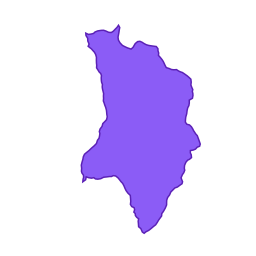 Guaraciama, Minas Gerais, Brazil, rotated 201°
{"feature_id": "56859067B51943850078190", "entity_name": "Guaraciama", "entity_type": "district", "adm_level": 2, "iso_a3": "BRA", "parent_name": "Brazil", "parent_adm1": "Minas Gerais", "projection": "orthographic", "projection_center": [-43.612, -17.067], "detail": "fine", "context": "isolated", "style": "filled", "palette": "violet", "viewbox_px": 256, "rotation_deg": 201, "n_neighbors": 0, "source": "geoboundaries", "source_scale": "gbopen_adm2", "svg_char_len": 2805}
<svg xmlns="http://www.w3.org/2000/svg" viewBox="0 0 256 256"><g transform="rotate(201 128 128)"><path d="M201.4,201.4L200.3,199.2L197.8,197.3L196.7,194.8L194.4,192.4L194.5,190.0L192.3,189.3L190.4,188.7L188.5,187.7L186.5,186.7L184.5,185.0L182.8,182.7L181.8,179.9L180.7,177.3L179.7,175.4L178.9,172.9L176.7,171.3L174.9,169.9L173.0,169.1L171.6,167.5L171.0,165.3L170.0,163.0L169.1,161.3L167.5,159.5L166.8,157.1L165.8,155.3L164.7,153.7L163.1,151.4L162.4,149.1L161.4,146.8L160.7,144.4L159.4,143.0L158.1,141.3L156.2,139.2L154.6,137.0L153.7,135.3L152.8,133.4L151.4,131.0L151.0,128.1L151.9,125.8L153.1,123.1L152.8,120.2L153.7,117.1L153.5,114.4L152.3,112.8L151.7,110.2L151.4,108.1L152.1,105.6L151.9,102.2L153.3,99.0L154.5,96.8L155.4,95.0L156.3,93.0L157.9,90.3L159.2,87.9L159.4,85.1L158.9,82.6L158.7,79.9L158.3,76.6L156.8,73.7L156.0,71.0L154.9,69.5L152.8,68.1L151.8,66.2L151.6,64.1L150.9,61.6L149.0,64.5L149.5,67.4L146.9,67.5L144.1,68.1L142.1,69.4L140.2,68.8L137.9,69.4L135.3,70.9L133.1,73.3L130.2,74.8L128.0,76.0L126.0,76.8L124.8,78.2L122.4,78.8L119.5,77.9L117.4,76.7L115.3,75.4L113.2,74.4L111.1,72.6L109.3,70.7L107.4,68.9L104.8,67.2L101.7,65.9L100.4,63.2L99.1,60.4L98.4,57.6L96.4,56.0L93.7,55.8L92.5,54.0L92.4,51.6L90.6,50.7L89.7,48.9L87.8,47.7L85.6,47.1L85.1,44.6L84.0,42.4L82.7,39.6L80.0,38.7L77.3,36.0L75.2,35.5L74.0,37.6L72.0,39.8L70.3,42.6L68.8,45.4L67.5,47.5L66.9,50.1L66.4,53.1L65.8,55.3L65.1,57.9L65.8,60.2L65.1,62.6L64.5,66.5L64.4,70.0L65.4,72.7L66.0,74.5L66.1,77.3L65.2,80.5L65.1,83.6L64.0,86.0L62.8,88.8L60.7,90.6L59.1,93.1L57.6,95.3L57.8,97.4L59.2,98.9L60.6,100.5L60.5,103.9L59.9,106.3L59.9,108.9L61.0,110.6L61.8,113.4L61.7,116.7L60.8,119.3L59.4,120.8L58.1,123.1L59.4,125.7L60.9,127.1L61.7,129.3L59.2,130.8L57.4,132.5L56.5,134.9L54.6,136.6L54.8,138.9L56.6,141.1L58.5,143.3L60.6,145.7L62.6,146.7L64.1,147.8L65.8,149.0L67.4,150.5L69.3,151.9L71.7,152.9L74.4,152.6L76.5,154.0L77.3,156.3L78.0,158.9L78.3,162.3L79.1,165.5L79.5,168.3L79.2,170.7L79.7,173.2L80.8,176.0L78.5,178.8L79.0,181.6L79.9,183.6L81.0,185.1L81.3,187.1L83.1,188.9L84.7,190.7L85.4,193.4L86.8,196.1L89.2,197.1L91.4,197.9L94.1,198.6L97.1,199.3L99.3,199.2L101.5,199.4L103.6,199.9L106.0,198.8L108.3,198.2L110.8,198.3L113.9,198.1L115.9,199.8L117.4,201.3L118.9,202.7L120.5,203.9L123.2,205.5L125.6,206.7L126.2,209.0L127.6,210.7L128.5,212.8L130.8,214.2L134.2,213.4L136.4,212.9L138.3,212.5L140.8,212.3L143.3,212.6L145.6,213.1L148.0,213.2L150.0,212.1L151.5,209.4L152.2,205.1L153.4,202.8L157.2,202.6L160.2,202.8L162.8,203.1L166.1,204.7L168.5,206.7L169.9,209.3L170.4,212.2L170.8,214.2L171.3,216.4L171.7,218.8L173.7,220.5L174.3,218.0L175.2,216.0L176.4,213.1L177.8,211.2L180.3,210.4L183.3,210.6L185.8,210.5L188.1,209.5L191.2,207.7L193.2,205.8L194.1,203.9L196.1,202.5L198.5,201.2L201.4,201.4Z" fill="#8b5cf6" stroke="#5b21b6" stroke-width="1.5"/></g></svg>